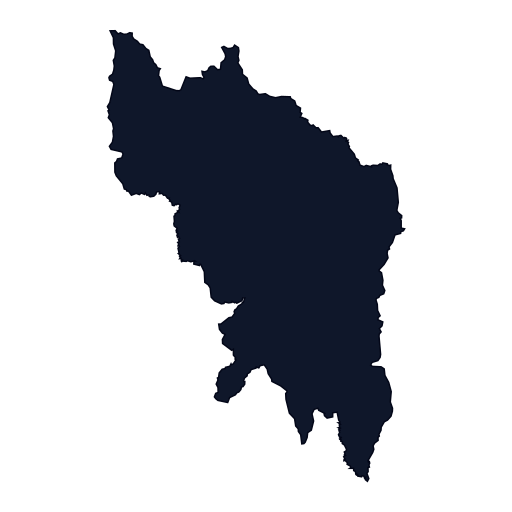 the district of Ban Dan Lan Hoi, Sukhothai, Thailand
{"feature_id": "78962969B72722062907305", "entity_name": "Ban Dan Lan Hoi", "entity_type": "district", "adm_level": 2, "iso_a3": "THA", "parent_name": "Thailand", "parent_adm1": "Sukhothai", "projection": "mercator", "projection_center": [99.505, 17.028], "detail": "fine", "context": "isolated", "style": "filled", "palette": "ink", "viewbox_px": 512, "rotation_deg": 0, "n_neighbors": 0, "source": "geoboundaries", "source_scale": "gbopen_adm2", "svg_char_len": 6047}
<svg xmlns="http://www.w3.org/2000/svg" viewBox="0 0 512 512"><path d="M234.6,45.1L233.1,47.6L230.3,48.4L227.6,48.5L223.9,46.4L221.7,47.4L225.1,53.7L225.7,56.6L224.6,59.8L221.1,62.7L220.5,69.3L217.5,69.7L213.9,66.2L210.8,66.3L209.1,67.7L207.7,70.7L204.8,71.9L202.0,71.3L202.5,74.6L204.1,77.4L203.1,78.8L200.3,77.7L190.0,78.2L186.1,76.8L180.9,89.8L179.3,90.7L176.3,90.6L162.4,86.1L159.7,77.2L158.5,75.8L159.1,70.5L160.3,68.7L157.4,67.8L155.8,64.6L153.6,62.7L152.6,59.7L150.2,56.8L148.8,50.3L145.9,48.5L142.9,44.7L139.7,44.1L137.4,41.3L133.8,39.0L132.1,36.3L132.2,33.1L129.7,32.7L126.9,34.1L123.8,34.3L120.4,32.8L118.0,33.9L115.2,30.7L110.1,30.8L113.4,37.7L113.5,44.0L115.7,50.8L114.9,57.9L113.3,60.3L114.3,66.0L113.8,70.2L112.5,74.2L109.6,76.2L108.9,77.7L109.6,80.2L112.7,81.4L113.9,84.4L109.8,102.6L107.4,106.6L109.2,110.1L108.0,110.8L109.4,114.7L108.3,117.7L112.4,122.7L113.6,128.7L112.9,131.0L113.5,136.4L112.4,142.2L109.4,146.3L111.1,149.4L121.9,151.9L123.1,154.0L121.7,158.0L117.5,158.9L116.5,161.5L114.8,162.9L114.9,172.2L116.3,175.8L122.8,183.8L124.3,189.0L126.3,189.6L126.9,191.1L128.5,191.1L131.4,195.2L136.2,193.4L139.4,194.6L141.2,193.0L144.5,194.4L145.3,192.8L146.9,195.3L148.9,194.8L149.2,196.3L150.3,196.8L153.8,196.2L155.9,194.2L156.5,191.9L159.6,191.5L159.3,193.8L162.2,193.4L163.5,195.2L165.4,195.2L167.5,198.2L169.3,198.1L169.0,199.1L170.2,200.3L169.6,201.1L171.7,202.1L172.3,205.2L174.1,205.7L175.7,204.2L176.6,204.7L178.0,203.7L180.1,205.2L179.1,207.8L179.6,209.4L178.1,210.8L178.6,211.8L177.4,211.1L177.5,212.5L175.0,213.9L175.1,215.5L174.0,216.2L174.4,221.4L173.8,223.8L174.2,225.9L177.2,228.3L176.2,230.3L177.0,230.9L176.3,231.0L176.5,232.5L178.0,233.8L176.9,235.2L177.5,237.2L178.3,236.5L179.6,238.3L178.4,239.2L179.3,241.7L177.7,242.4L178.7,243.8L178.0,245.8L179.1,245.7L179.4,246.6L178.0,248.2L179.1,253.1L178.3,253.5L180.5,255.6L179.5,256.2L180.3,257.5L179.7,258.6L181.1,258.3L181.2,260.1L182.3,260.1L181.2,262.0L182.6,261.1L186.3,261.4L187.5,260.7L190.9,261.8L194.6,260.7L195.3,261.2L194.0,261.3L193.8,264.1L199.4,265.5L199.8,264.2L200.7,264.3L204.3,271.7L204.8,282.4L208.1,284.7L210.2,287.9L211.2,297.2L214.6,300.8L221.4,303.9L223.9,303.5L224.8,302.0L228.7,302.9L231.9,302.4L232.1,301.4L234.7,302.8L235.8,302.2L236.8,303.2L241.1,301.1L242.3,300.0L242.6,297.9L244.8,297.9L243.4,302.4L242.5,302.2L241.8,303.9L238.3,306.0L236.5,308.9L235.0,309.7L234.1,311.6L234.7,313.4L232.0,317.1L228.9,317.7L221.0,324.0L218.7,324.1L219.5,329.4L222.4,333.1L225.1,334.4L222.4,339.5L222.6,343.5L231.7,350.3L233.4,349.2L233.4,355.1L235.6,357.8L235.0,359.0L235.9,359.9L233.2,364.0L231.3,364.7L231.0,363.9L229.8,366.3L225.5,367.3L225.1,368.6L222.2,369.2L219.2,372.9L218.6,377.4L217.4,378.0L218.0,380.0L216.2,384.1L218.0,387.5L218.1,392.4L215.7,393.4L214.4,396.9L215.8,398.7L217.9,400.4L227.7,402.5L229.6,397.6L235.4,394.8L236.8,392.8L238.8,392.0L240.8,389.6L241.5,386.9L243.0,386.6L244.7,384.2L244.8,381.6L243.9,381.7L243.6,380.7L244.5,378.0L247.1,375.9L247.3,373.9L249.9,372.3L251.1,369.6L256.0,368.1L256.2,367.0L258.8,367.9L260.1,365.7L264.2,364.8L267.2,369.1L268.2,373.7L271.6,379.0L271.9,381.4L280.7,385.9L286.9,390.8L287.0,392.0L285.7,393.5L286.0,399.4L289.4,413.2L294.6,418.7L295.7,426.0L298.2,428.8L298.4,431.5L300.7,434.7L301.8,443.9L303.9,443.6L305.2,442.2L307.1,437.6L307.7,432.6L311.3,430.2L313.6,421.0L312.0,413.8L314.1,409.4L317.9,408.2L318.7,410.3L324.7,413.4L324.1,413.8L324.5,415.7L327.1,418.1L332.7,416.9L332.7,412.8L337.1,412.1L338.7,420.1L339.8,421.7L339.7,422.8L338.4,422.8L340.4,424.3L339.3,424.9L339.7,427.4L338.7,427.7L340.2,428.2L338.8,429.2L339.8,430.3L339.0,430.7L339.7,432.4L338.5,434.7L339.5,437.0L340.6,437.3L340.1,437.9L340.9,437.9L339.9,439.4L341.0,439.8L340.8,441.2L342.4,441.8L342.3,443.6L344.4,445.0L346.5,449.3L346.1,450.9L344.3,452.0L345.1,454.2L344.4,454.9L345.4,455.5L343.7,456.7L345.1,459.1L344.1,459.4L343.9,460.7L345.0,460.4L347.4,462.7L347.1,464.3L350.3,466.0L350.8,467.7L349.9,468.3L353.6,468.3L353.7,470.6L355.4,471.5L355.8,474.1L356.6,473.8L356.6,475.0L357.7,474.6L357.8,476.1L361.6,476.8L362.1,475.6L364.0,476.3L364.5,478.0L365.6,477.4L365.3,479.6L367.4,481.3L368.8,478.6L366.9,473.3L368.1,471.7L368.0,467.5L369.4,467.1L368.9,464.9L369.7,463.2L369.4,461.8L368.5,462.0L368.7,461.0L367.9,460.8L372.7,452.5L373.8,449.3L373.1,445.8L374.6,443.1L378.1,440.4L378.0,437.4L379.3,436.1L378.9,434.3L381.0,430.3L381.2,427.2L384.3,421.8L387.5,420.1L391.0,416.2L392.4,411.2L392.5,408.2L390.3,402.0L391.2,391.6L388.7,382.4L384.9,375.4L384.2,368.9L381.1,366.8L372.5,366.4L370.6,365.2L372.0,362.4L377.9,360.6L380.1,357.4L380.6,354.4L379.0,336.2L379.2,334.1L381.1,331.9L379.3,328.6L382.0,325.9L382.8,321.9L378.0,319.8L378.1,317.6L380.1,315.8L377.6,310.5L377.3,304.3L375.9,299.8L376.6,298.3L378.8,297.4L379.8,295.4L383.7,293.8L384.8,290.5L382.4,285.2L382.9,280.3L381.5,272.7L379.2,271.0L379.1,269.8L384.1,264.4L388.0,257.9L387.1,253.4L387.6,250.2L389.5,249.0L389.0,246.9L392.4,242.5L395.0,234.9L400.6,233.4L400.8,231.7L403.4,230.8L404.6,228.8L401.2,228.1L401.2,220.7L400.2,218.3L401.6,217.9L401.7,215.6L398.2,212.8L396.8,210.4L398.3,202.4L397.0,187.9L393.1,178.6L392.9,175.8L390.6,169.3L390.7,165.1L389.5,165.5L387.1,164.7L387.3,163.8L382.8,162.9L381.8,164.4L380.1,163.9L377.8,165.5L373.1,165.2L371.4,165.8L371.5,166.8L366.2,165.4L364.0,166.6L360.0,165.1L358.9,161.6L357.6,160.8L358.2,159.9L355.4,157.9L354.3,154.2L348.9,147.7L349.4,146.5L347.9,144.0L348.5,142.5L347.4,141.8L348.0,140.4L346.1,141.0L346.7,139.0L346.2,138.0L344.6,137.5L343.9,138.3L340.9,135.4L338.9,135.8L338.2,136.9L337.3,136.0L332.9,136.6L330.1,132.9L329.7,130.6L321.5,132.0L318.1,127.7L316.0,127.8L313.1,124.9L312.1,125.7L310.1,125.1L307.6,122.1L307.9,120.2L304.9,118.4L304.4,118.9L302.8,117.6L300.2,117.2L301.8,113.4L300.1,112.3L300.5,108.1L296.1,105.5L294.7,101.0L290.7,98.5L290.3,96.8L281.6,96.5L275.5,97.7L269.6,96.3L265.4,93.7L259.6,94.5L257.9,93.9L256.2,91.0L252.9,88.9L248.7,84.0L247.1,78.0L242.5,74.3L242.3,69.8L237.8,62.9L238.9,60.3L238.0,56.5L238.9,51.0L238.4,47.6L234.6,45.1Z" fill="#0f172a" stroke="#020617" stroke-width="1.5"/></svg>